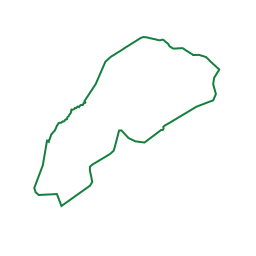 outline of Ansongo, Gao, Mali, rotated 198°
{"feature_id": "8926073B56917716124995", "entity_name": "Ansongo", "entity_type": "district", "adm_level": 2, "iso_a3": "MLI", "parent_name": "Mali", "parent_adm1": "Gao", "projection": "equal_earth", "projection_center": [1.009, 15.923], "detail": "fine", "context": "isolated", "style": "outline", "palette": "green", "viewbox_px": 256, "rotation_deg": 198, "n_neighbors": 0, "source": "geoboundaries", "source_scale": "gbopen_adm2", "svg_char_len": 2753}
<svg xmlns="http://www.w3.org/2000/svg" viewBox="0 0 256 256"><g transform="rotate(198 128 128)"><path d="M167.2,33.3L146.3,61.4L145.3,65.7L151.2,76.0L152.2,79.4L150.7,82.1L137.0,97.8L134.6,102.0L134.8,107.7L135.7,122.8L133.5,123.7L124.4,118.6L116.8,117.6L107.8,119.3L95.9,136.3L94.4,136.7L94.0,138.3L94.8,140.0L93.8,141.7L92.1,143.5L90.9,144.8L69.4,169.5L55.5,180.7L54.9,187.5L60.5,195.9L61.6,202.3L59.3,211.6L59.3,211.8L60.3,212.4L61.1,212.6L62.2,213.1L63.0,213.5L64.1,214.0L64.9,214.4L66.0,214.9L66.8,215.2L68.7,216.1L69.8,216.5L70.7,217.1L71.0,217.2L71.7,217.5L72.2,217.9L73.9,218.7L74.4,218.9L75.5,219.4L75.8,219.6L76.9,219.5L77.4,219.6L79.0,219.6L81.1,219.5L82.7,219.5L83.4,219.4L84.7,218.9L85.0,218.8L86.7,218.2L88.4,217.6L88.6,217.5L89.5,217.8L90.1,218.1L91.9,218.4L94.7,219.2L95.9,219.5L97.3,219.8L98.4,220.2L99.8,220.6L100.7,220.8L101.6,220.5L102.3,220.2L102.9,220.0L103.0,220.0L107.3,218.3L107.8,218.1L109.5,217.5L110.3,217.6L111.2,217.9L111.7,218.0L113.2,218.4L113.6,218.5L114.1,218.9L115.2,219.9L115.7,220.3L116.1,220.5L117.7,221.1L119.8,221.9L120.2,222.2L121.2,222.6L121.6,222.7L122.2,222.7L122.6,222.6L123.1,222.3L124.0,221.7L124.3,221.5L125.6,221.1L126.1,221.0L126.9,220.9L127.7,220.9L129.5,220.8L131.9,220.5L133.3,220.4L135.2,220.2L135.9,220.2L137.2,220.1L139.2,219.8L139.9,219.6L141.2,219.3L141.4,219.2L141.6,219.2L142.0,218.9L142.6,218.4L143.1,218.0L143.5,217.8L143.9,217.4L144.6,216.5L146.7,214.0L147.1,213.5L148.4,211.9L148.9,211.4L150.8,209.1L153.0,206.4L155.1,204.0L157.4,201.1L159.3,198.7L161.4,196.3L163.5,193.7L165.7,191.2L165.9,190.9L166.1,190.6L166.3,190.5L170.0,184.0L172.3,159.7L177.7,140.1L176.5,139.3L176.5,139.1L176.5,138.7L177.1,138.4L177.6,138.3L177.9,138.0L178.0,137.8L178.0,137.5L177.9,137.0L178.0,136.0L178.2,135.8L178.6,135.7L179.3,135.6L179.7,135.4L180.2,135.1L180.2,134.9L180.4,134.3L180.7,133.8L180.9,133.4L181.0,132.8L181.6,132.9L182.0,133.0L182.4,132.9L182.6,132.7L182.9,132.0L183.4,131.0L184.1,130.6L184.4,130.7L184.7,130.6L184.8,130.3L184.8,129.9L184.9,129.5L185.4,129.0L186.1,128.4L186.8,128.1L187.4,128.1L187.5,127.5L187.3,126.9L187.1,126.2L187.2,125.4L187.1,125.0L187.2,124.0L187.9,122.3L188.0,121.4L188.1,120.7L188.7,119.9L189.0,119.4L188.9,118.6L188.8,117.7L189.0,117.3L189.6,117.1L190.1,116.6L190.4,116.0L190.7,114.9L191.3,114.2L192.3,114.0L192.7,113.1L193.4,112.2L194.0,112.1L195.4,111.4L195.6,111.1L195.6,110.5L196.1,108.9L196.3,108.5L196.3,107.9L196.5,106.4L196.5,104.9L196.8,104.0L196.8,103.5L196.9,102.7L197.6,101.4L198.1,100.3L198.4,99.2L198.9,98.4L199.0,97.8L199.0,96.8L198.9,96.0L199.1,95.1L199.0,93.6L199.0,92.6L199.3,92.2L199.7,91.8L199.2,91.1L199.1,90.3L201.1,90.8L197.5,66.3L198.6,42.0L196.0,38.4L192.2,36.7L175.2,43.2L167.2,33.3Z" fill="none" stroke="#15803d" stroke-width="2"/></g></svg>